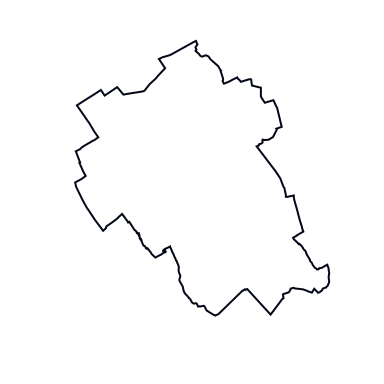 Draguseni, Galati, Romania, rotated 161°
{"feature_id": "2599482B49340027544392", "entity_name": "Draguseni", "entity_type": "district", "adm_level": 2, "iso_a3": "ROU", "parent_name": "Romania", "parent_adm1": "Galati", "projection": "mercator", "projection_center": [27.722, 46.007], "detail": "fine", "context": "isolated", "style": "outline", "palette": "ink", "viewbox_px": 384, "rotation_deg": 161, "n_neighbors": 0, "source": "geoboundaries", "source_scale": "gbopen_adm2", "svg_char_len": 5824}
<svg xmlns="http://www.w3.org/2000/svg" viewBox="0 0 384 384"><g transform="rotate(161 192 192)"><path d="M288.7,184.2L288.1,184.4L287.4,184.8L286.2,185.3L285.1,185.9L284.8,186.3L284.4,187.0L283.9,187.5L283.5,187.6L281.4,188.1L276.9,189.4L274.6,190.2L274.0,190.3L270.3,191.7L269.4,192.3L265.2,194.0L262.5,185.2L262.3,184.0L262.1,184.1L261.8,184.2L261.3,184.3L261.0,184.3L259.6,178.5L258.8,174.9L258.7,174.6L258.3,174.4L258.1,174.2L257.4,172.5L257.2,171.8L257.5,171.7L257.3,170.8L256.9,170.8L256.9,170.5L256.7,170.1L255.9,170.4L255.7,170.4L255.7,170.1L256.2,169.9L256.0,169.3L255.7,168.6L255.7,168.4L256.3,168.2L256.2,167.7L256.4,167.6L256.2,166.5L256.1,165.7L255.8,164.9L256.1,164.8L256.4,164.8L256.2,164.1L255.7,164.2L255.5,163.2L255.4,162.9L255.7,162.7L255.8,162.5L255.7,161.8L255.6,160.4L255.6,159.7L255.5,159.1L255.5,158.6L255.4,157.8L255.2,157.1L255.0,156.7L254.8,156.5L254.4,156.5L254.3,156.1L253.9,155.1L253.8,154.5L253.9,154.1L253.5,153.9L253.4,153.6L253.4,153.2L252.9,153.1L252.4,153.2L252.3,152.3L252.0,152.3L251.5,150.8L251.4,150.3L250.8,148.8L250.3,146.3L248.0,142.0L241.1,143.0L239.6,143.5L238.3,143.8L236.4,143.9L236.4,144.5L236.4,144.9L236.4,145.3L236.9,145.2L237.0,145.4L237.6,145.2L238.6,145.1L238.6,145.3L238.4,145.9L237.7,146.2L237.6,146.6L235.0,147.1L232.5,147.3L230.5,147.6L230.6,147.2L230.6,146.5L230.3,145.7L230.3,145.1L230.2,142.9L230.2,141.9L230.0,140.6L229.8,139.7L229.7,138.2L229.7,136.7L229.6,136.1L229.6,135.6L229.4,134.9L229.3,132.3L229.3,132.1L229.0,131.8L229.0,131.7L228.9,131.2L229.0,130.4L229.0,129.9L228.8,128.2L228.8,127.3L228.8,126.2L228.9,125.5L229.5,123.8L230.1,122.5L230.3,121.8L230.3,121.3L230.4,121.0L230.5,120.7L230.4,118.2L230.3,117.3L230.3,116.7L230.6,115.9L231.4,114.9L231.5,114.6L232.0,114.2L232.2,113.8L232.6,112.9L232.7,112.5L232.7,111.6L232.6,111.0L232.4,110.2L232.0,108.3L231.9,107.4L231.6,106.4L231.6,105.7L231.6,104.4L231.8,103.5L231.9,103.1L232.0,102.8L232.0,102.0L232.0,99.8L232.0,99.6L231.4,97.7L230.5,95.6L230.0,94.7L229.7,94.1L229.6,93.5L229.6,92.8L229.1,92.3L228.9,91.9L228.7,91.5L228.5,90.9L228.4,90.4L228.4,89.8L228.2,88.9L228.1,87.9L227.9,87.6L227.5,86.9L226.6,85.8L225.2,85.7L224.4,85.5L223.8,84.8L223.6,82.4L223.5,81.6L222.2,81.5L221.8,81.4L221.5,81.1L221.1,81.0L220.9,80.9L219.2,80.8L218.0,80.6L217.6,80.1L217.3,79.5L217.2,77.9L216.7,75.1L211.2,68.4L210.7,68.3L210.0,67.5L209.4,67.8L208.2,67.8L207.3,67.8L206.4,68.1L176.3,82.3L176.0,82.1L173.7,82.8L173.3,82.0L171.4,82.3L157.6,50.5L141.2,61.6L140.1,61.7L139.3,65.7L134.2,65.7L133.2,65.6L131.6,66.8L130.6,67.7L130.3,68.5L127.2,68.4L126.1,67.3L118.7,63.8L115.5,61.2L115.1,60.8L114.0,59.8L111.4,57.8L107.9,60.7L105.5,55.6L103.6,55.8L102.5,56.3L102.0,56.2L101.0,56.8L100.5,57.5L100.1,57.6L99.7,58.1L97.3,58.1L96.7,58.0L94.1,59.3L91.5,62.4L91.5,62.6L91.1,64.1L91.0,65.0L90.7,66.4L90.6,66.8L90.3,67.5L90.0,68.1L89.6,69.0L89.4,69.2L89.3,69.3L89.3,69.5L89.2,69.8L88.8,70.4L88.6,70.9L88.4,71.5L88.4,72.0L88.4,72.5L88.4,72.9L87.8,74.8L87.8,75.0L87.7,76.1L87.7,76.3L87.8,76.7L87.8,76.9L87.8,79.2L88.4,79.1L91.0,78.7L93.3,78.1L94.6,78.1L95.7,78.3L96.0,78.5L96.5,78.5L97.1,78.3L97.3,77.8L99.0,78.0L99.5,79.3L100.5,80.3L101.3,82.8L101.6,83.8L101.7,85.3L101.8,85.8L102.0,86.9L102.2,87.0L102.4,87.2L102.6,87.6L102.7,88.0L102.7,88.9L102.7,89.1L102.5,89.6L102.6,90.0L102.8,90.6L103.1,91.8L103.2,92.7L103.7,94.9L103.9,96.9L103.9,97.2L104.0,97.5L103.8,98.2L103.9,98.8L104.0,99.2L104.3,99.9L104.4,100.3L104.9,101.0L105.3,102.2L105.3,103.0L106.1,105.6L106.6,106.6L107.2,107.8L107.5,108.2L108.0,108.0L108.1,108.4L108.5,109.2L109.4,111.1L109.6,111.5L109.8,111.7L110.8,113.6L111.2,114.6L111.3,115.3L111.4,115.6L111.3,115.8L109.0,116.3L107.1,116.6L107.0,116.9L99.6,118.3L99.7,121.2L99.7,121.7L99.5,122.7L99.4,124.4L99.3,128.7L99.1,132.7L98.4,141.7L98.0,149.3L97.7,152.7L97.5,153.7L96.9,155.6L103.7,156.4L104.8,156.9L104.1,159.3L103.8,162.5L103.3,165.7L103.8,167.0L104.1,176.2L106.1,184.0L116.0,214.1L113.6,214.2L113.4,215.0L112.7,215.4L112.3,215.4L111.3,215.2L110.7,215.2L109.3,215.7L109.1,216.0L108.8,217.0L108.6,217.7L108.6,218.1L108.2,218.5L108.0,218.3L106.2,217.4L102.6,216.5L97.9,217.5L97.3,217.7L96.7,218.4L95.3,219.7L91.5,223.4L91.7,224.4L86.0,224.4L84.1,244.0L84.4,244.9L85.1,252.3L94.1,252.7L95.5,258.2L95.7,259.2L95.7,259.6L95.5,260.7L95.0,262.1L92.9,268.2L95.8,270.0L99.4,272.4L100.5,272.9L100.5,273.5L100.2,275.7L99.4,279.0L100.2,279.8L101.2,279.9L102.0,280.0L104.5,280.1L110.0,280.3L110.3,281.5L110.8,282.7L111.6,283.9L111.9,284.6L111.9,285.6L117.0,285.0L121.1,284.3L122.9,284.2L125.0,284.1L126.5,284.0L126.8,285.7L126.9,287.1L126.2,287.7L125.8,288.6L125.7,290.1L125.6,293.2L125.6,297.0L125.0,297.3L125.3,298.2L125.6,298.8L125.8,300.0L126.0,300.7L126.1,301.5L126.3,302.5L131.5,311.7L131.9,313.6L132.2,314.6L132.6,315.1L133.2,315.7L134.5,316.8L135.7,316.7L138.4,316.7L139.6,317.8L140.3,319.3L140.3,319.7L140.5,320.4L140.7,320.7L142.0,322.9L142.5,323.7L142.7,324.3L142.6,324.5L142.2,324.7L141.8,324.9L141.4,325.1L141.6,327.0L141.6,327.7L141.4,327.9L141.1,328.2L140.2,328.7L139.9,329.1L139.7,329.3L138.8,329.7L139.0,331.8L139.0,333.3L139.0,333.5L141.4,333.3L165.7,329.0L168.5,328.6L176.1,329.0L180.0,328.5L177.1,317.8L186.6,312.8L189.3,311.1L196.8,307.8L204.1,303.2L204.8,303.2L206.3,303.2L220.4,305.7L225.1,306.4L228.6,315.5L243.2,311.6L244.9,318.1L253.8,315.9L263.8,313.6L272.6,311.4L267.4,292.8L266.7,290.6L266.6,289.9L264.9,282.0L264.9,281.6L264.5,280.1L263.8,277.8L262.8,274.2L263.5,274.0L265.4,273.5L267.2,272.9L270.2,272.6L272.8,271.9L273.8,271.8L279.2,270.7L279.6,270.6L282.9,269.6L283.5,269.0L288.6,268.3L288.2,256.3L289.0,256.2L288.1,246.4L287.3,241.8L292.8,240.1L299.4,239.1L299.6,236.7L299.7,235.8L299.9,235.1L299.4,230.7L298.6,224.3L298.4,222.4L297.6,217.0L296.6,211.4L295.6,208.1L293.9,201.3L292.9,197.5L292.2,195.2L290.5,190.0L289.5,187.0L288.7,184.2Z" fill="none" stroke="#020617" stroke-width="2"/></g></svg>